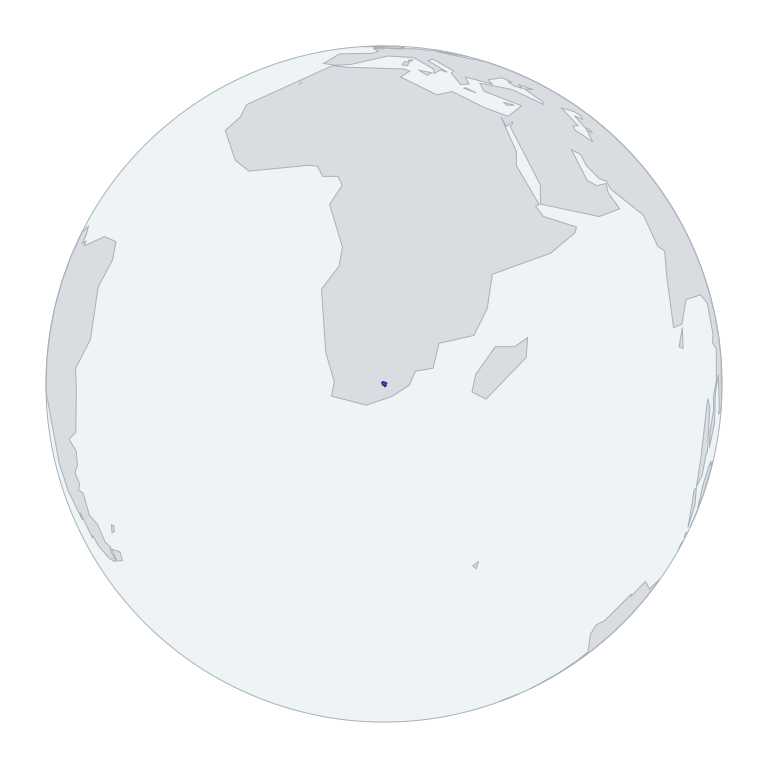 globe centered on Maseru, rotated 19°
{"feature_id": "LSO-1203", "entity_name": "Maseru", "entity_type": "District", "adm_level": 1, "iso_a3": "LSO", "parent_name": "Lesotho", "parent_adm1": "", "projection": "orthographic", "projection_center": [27.777, -29.596], "detail": "fine", "context": "on_globe", "style": "filled", "palette": "blue", "viewbox_px": 768, "rotation_deg": 19, "n_neighbors": 0, "source": "natural_earth", "source_scale": "10m", "svg_char_len": 5567}
<svg xmlns="http://www.w3.org/2000/svg" viewBox="0 0 768 768"><g transform="rotate(19 384 384)"><circle cx="384" cy="384" r="338" fill="#eef3f6" stroke="#a8b0b8"/><path d="M49.3,337.6L49.2,338.7L53.1,331.0L53.9,339.7L52.9,349.5L55.6,346.0L55.7,351.0L71.6,335.6L84.2,336.6L86.9,354.9L82.2,385.4L91.9,437.6L87.3,469.5L95.5,491.2L108.2,529.8L104.2,538.8L115.0,547.8L120.7,561.0L120.7,568.5L129.1,578.0L129.5,583.4L135.2,585.4L148.3,604.1L159.0,610.1L171.7,624.2L178.7,627.2L179.0,629.3L182.5,633.4L186.9,636.3L182.3,638.9L166.9,630.2L158.2,622.2L158.4,624.3L138.6,604.5L143.2,610.7L120.0,587.7L102.4,564.1L69.0,505.0L65.7,497.3L65.6,497.2L57.6,471.5L51.7,445.1L47.8,418.4L46.2,391.4L46.6,364.4L49.3,337.6ZM194.2,636.2L184.7,639.9L188.1,637.1L180.2,628.8L189.0,628.6L194.2,636.2ZM175.3,613.2L172.2,606.0L174.5,606.0L177.1,611.1L175.3,613.2ZM357.6,47.1L345.1,49.0L334.8,50.5L332.7,50.0L357.6,47.1ZM695.2,252.3L709.1,291.9L711.2,300.2L710.1,304.0L708.7,297.2L697.2,266.6L700.2,284.4L709.2,313.2L712.4,338.3L707.8,322.8L703.9,300.5L699.7,289.1L697.1,272.4L686.6,242.2L681.6,238.6L678.5,229.1L663.2,202.0L654.1,196.8L642.0,205.9L646.2,230.3L639.5,236.5L616.7,191.1L606.0,166.8L598.1,164.7L574.4,140.0L534.4,125.7L528.5,119.7L521.0,119.8L504.3,111.6L495.1,102.9L485.1,101.5L509.6,125.2L520.3,127.3L528.8,122.1L533.7,130.3L549.8,141.6L533.0,155.6L473.3,163.0L467.0,144.8L419.6,99.6L420.8,95.6L420.6,95.2L420.0,94.4L416.0,100.7L407.7,93.5L433.5,121.1L438.0,134.3L472.4,163.9L469.3,166.4L480.3,173.7L514.9,172.9L515.2,179.1L499.1,205.9L450.7,244.9L457.0,278.9L453.2,308.8L422.8,327.6L425.2,353.1L409.5,361.7L408.3,376.9L395.5,393.2L374.2,409.7L338.3,412.6L336.3,398.2L318.5,372.8L294.0,314.7L303.2,287.0L300.1,268.0L274.1,231.9L279.8,209.7L272.8,202.6L258.4,207.7L250.3,199.7L241.6,201.7L187.1,226.6L170.7,221.0L151.3,196.0L161.2,178.4L163.2,164.5L231.8,99.6L246.1,96.5L299.8,79.8L306.5,79.7L299.8,88.3L339.9,93.4L353.2,85.3L389.8,90.0L414.3,90.5L423.5,76.1L383.4,74.7L376.7,68.4L409.1,63.9L444.2,67.8L442.8,65.7L420.8,59.3L429.1,57.1L413.2,57.2L419.5,59.4L409.7,59.9L403.4,58.1L406.6,57.1L396.0,56.0L383.6,62.3L388.6,65.2L360.8,67.3L366.6,72.6L358.9,75.9L346.5,68.1L347.9,65.2L324.4,60.9L320.4,63.9L342.3,68.6L335.3,68.7L330.1,74.3L328.6,70.1L305.8,65.7L280.9,72.6L248.8,92.5L234.4,98.4L222.5,100.6L234.7,86.3L265.6,75.0L270.3,71.2L264.6,70.2L274.4,67.4L275.8,66.0L287.5,62.7L304.5,56.8L316.4,54.3L323.6,51.7L330.7,50.4L324.4,52.0L326.5,52.4L356.2,48.9L362.1,48.1L364.4,47.1L372.3,46.9L370.6,46.4L388.0,46.1L378.0,46.1L401.6,46.5L425.2,48.6L448.5,52.3L471.5,57.6L494.1,64.5L516.1,73.0L537.5,83.0L558.1,94.4L577.9,107.3L596.8,121.5L614.6,137.0L631.3,153.7L646.8,171.5L660.9,190.4L673.8,210.2L685.2,230.8L695.2,252.3ZM208.1,124.7L206.2,128.7L208.1,124.7ZM481.8,81.7L502.6,87.0L492.5,77.5L499.7,79.1L493.7,75.6L491.7,76.8L476.8,68.5L485.5,69.1L482.6,66.4L475.5,64.6L461.9,65.2L483.2,76.6L478.7,78.5L481.8,81.7ZM272.2,65.1L276.0,63.9L271.2,65.7L256.1,71.5L262.8,68.6L272.2,65.1ZM289.7,59.5L286.9,60.3L294.0,59.4L290.3,61.2L264.3,69.3L274.9,65.3L270.5,66.3L282.5,62.0L283.5,61.4L289.7,59.5ZM314.3,75.9L319.4,75.4L327.6,74.1L324.5,78.0L314.3,75.9ZM298.3,72.7L303.1,71.4L302.6,75.4L297.2,76.3L298.3,72.7ZM306.1,67.8L303.3,71.0L301.6,69.8L306.1,67.8ZM328.8,51.2L333.9,50.4L334.3,50.5L331.3,51.3L328.8,51.2ZM416.5,78.0L409.2,80.4L405.6,78.9L408.8,78.3L416.5,78.0ZM364.5,77.3L376.2,78.8L363.5,78.4L364.5,77.3ZM531.0,521.4L531.6,528.6L527.1,527.0L531.0,521.4ZM509.8,312.6L485.4,365.1L469.8,362.9L467.6,345.3L477.1,312.5L495.5,306.2L504.7,293.3L509.8,312.6ZM717.2,436.2L716.4,443.5L716.1,444.7L717.2,436.2ZM718.2,425.2L717.9,432.4L717.7,427.2L718.2,425.2ZM716.8,442.5L717.7,435.2L717.3,439.4L717.3,439.8L716.8,442.5ZM718.1,420.8L714.2,396.4L711.7,383.4L713.1,380.4L717.3,396.8L718.1,420.8ZM712.9,379.6L707.8,351.4L694.8,292.4L699.6,299.5L712.0,343.3L711.4,346.3L714.5,366.0L712.9,379.6ZM721.9,385.3L721.7,388.1L721.0,399.8L719.6,385.3L718.5,377.1L717.9,356.3L718.3,350.2L719.5,355.3L720.2,349.8L721.9,385.3ZM647.7,233.5L655.2,253.0L650.9,252.6L647.7,233.5ZM601.7,642.5L597.0,646.3L599.7,643.7L612.3,633.0L606.8,638.1L601.7,642.5ZM621.1,624.8L629.3,616.1L645.3,598.0L644.8,598.1L650.6,591.6L647.3,594.9L656.9,582.3L664.1,570.8L660.6,553.4L663.2,542.5L669.8,535.7L686.5,501.7L686.4,504.9L695.5,485.5L701.7,491.4L708.4,478.5L708.0,480.1L700.2,503.2L690.8,525.7L679.8,547.4L667.2,568.3L653.2,588.2L637.8,607.1L621.1,624.8ZM714.9,452.6L714.9,452.4L714.9,452.6ZM720.3,417.0L720.0,420.0L720.3,416.2L721.5,401.2L721.6,398.6L720.3,417.0Z" fill="#d9dde1" stroke="#a8b0b8" stroke-width="1"/><path d="M381.8,383.3L381.8,383.2L382.1,382.9L382.1,382.7L382.3,382.4L382.3,382.2L382.6,382.1L382.7,382.3L382.8,382.4L383.0,382.4L383.2,382.2L383.4,382.3L383.6,382.4L383.8,382.4L383.9,382.2L384.0,382.2L384.2,382.3L384.5,382.4L384.5,382.5L384.7,382.4L384.8,382.4L385.0,382.3L385.0,382.2L385.3,382.3L385.3,382.5L385.5,382.5L385.7,382.4L385.8,382.3L385.9,382.2L386.0,382.2L386.2,382.4L385.9,382.7L385.8,382.8L385.7,382.8L385.7,383.0L385.7,383.3L385.8,383.3L385.9,383.5L386.0,384.3L386.1,384.7L385.9,384.6L385.6,384.6L385.4,384.7L385.5,384.8L385.6,385.0L385.8,385.2L386.0,385.2L385.9,385.3L386.0,385.5L385.9,385.6L385.8,385.8L385.7,385.9L385.6,386.0L385.5,385.8L385.5,385.7L385.4,385.7L385.1,385.6L384.9,385.5L384.2,385.3L383.9,385.3L383.4,385.4L383.4,385.2L383.5,385.2L383.2,384.6L382.8,384.5L382.8,384.4L382.7,384.2L382.7,384.3L382.4,384.5L382.3,384.4L382.2,384.4L382.2,384.2L382.0,383.9L381.9,383.8L381.9,383.7L381.7,383.6L381.6,383.4L381.8,383.3Z" fill="#3b82f6" stroke="#1e3a8a" stroke-width="1.5"/></g></svg>